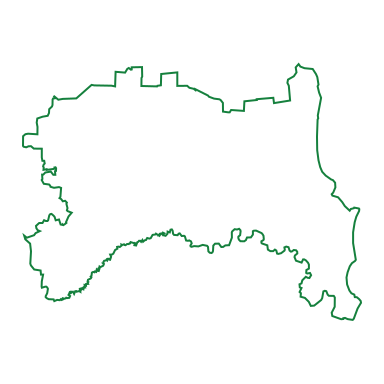 Tulangbawang, Lampung, Indonesia (orthographic projection)
{"feature_id": "22746128B49188423555547", "entity_name": "Tulangbawang", "entity_type": "district", "adm_level": 2, "iso_a3": "IDN", "parent_name": "Indonesia", "parent_adm1": "Lampung", "projection": "orthographic", "projection_center": [105.482, -4.399], "detail": "fine", "context": "isolated", "style": "outline", "palette": "green", "viewbox_px": 384, "rotation_deg": 0, "n_neighbors": 0, "source": "geoboundaries", "source_scale": "gbopen_adm2", "svg_char_len": 5868}
<svg xmlns="http://www.w3.org/2000/svg" viewBox="0 0 384 384"><path d="M314.2,305.6L321.2,300.0L322.2,298.1L323.4,291.4L324.8,290.8L326.3,291.2L327.7,294.7L328.9,295.8L333.8,295.9L334.8,297.5L334.7,306.8L331.7,312.7L332.3,316.0L341.2,319.2L343.3,319.0L343.3,318.2L345.0,317.9L347.6,319.1L352.7,319.9L353.8,318.7L357.6,308.5L361.0,302.8L360.7,301.0L359.1,299.1L356.8,297.2L354.8,297.1L354.3,294.6L351.4,293.3L349.4,290.5L347.1,284.5L346.5,277.5L347.6,272.3L349.8,266.3L351.9,263.2L355.1,260.9L355.8,259.8L353.1,243.1L353.1,232.3L354.7,222.2L356.3,216.7L359.1,211.0L359.3,209.1L358.9,208.5L354.2,207.6L353.9,208.2L350.8,209.0L349.7,210.7L344.8,206.1L342.3,202.2L338.1,197.3L332.4,195.6L331.7,194.2L333.2,192.6L335.4,187.4L335.1,182.7L332.9,180.1L331.2,179.5L325.7,175.6L322.2,171.8L320.2,167.1L318.5,160.3L317.2,150.2L317.0,136.6L317.6,119.5L318.2,118.4L317.8,115.5L321.1,97.8L319.1,92.6L317.6,86.3L318.5,84.6L317.3,77.1L316.0,74.1L312.7,69.0L304.5,68.2L300.4,66.6L298.6,64.1L295.7,67.4L296.5,72.4L293.8,76.3L288.0,79.6L287.4,82.9L288.8,85.7L290.1,100.5L274.0,103.1L273.3,97.8L256.7,99.2L256.8,100.0L244.4,101.3L243.9,110.9L231.1,110.0L229.7,112.3L228.0,112.3L223.0,111.6L222.9,102.9L220.6,100.0L219.4,99.3L214.0,98.6L208.9,96.7L208.1,95.6L195.2,89.1L195.2,90.0L193.7,88.8L189.4,87.8L187.2,85.8L177.3,85.9L177.3,72.4L161.2,74.0L160.9,85.3L157.4,85.8L157.1,86.4L141.4,86.0L141.5,78.0L142.2,76.6L142.0,67.1L131.7,67.3L131.7,69.5L130.9,69.7L128.8,68.0L127.3,68.9L125.1,72.6L115.6,71.8L115.1,86.4L111.5,85.7L94.3,85.4L91.6,84.9L76.3,98.4L62.8,98.9L58.3,99.7L53.6,95.8L55.3,98.2L53.1,98.5L52.6,99.5L52.5,105.0L52.0,106.5L49.2,109.2L49.0,113.0L47.7,115.8L42.6,116.7L37.3,118.5L36.7,122.6L37.5,126.9L37.4,134.3L28.1,133.7L25.4,134.2L23.1,136.2L23.0,145.9L23.6,146.7L26.2,147.3L28.5,146.3L31.0,146.2L33.8,148.6L41.8,148.7L41.8,157.5L42.4,160.8L44.2,160.8L44.7,163.5L43.6,164.7L43.1,166.4L43.7,167.4L43.5,169.8L46.6,169.2L46.7,169.9L53.8,168.9L54.8,168.6L54.5,167.5L55.5,167.3L56.1,168.2L56.0,170.9L55.0,171.2L55.3,174.8L53.3,174.8L50.8,171.6L45.3,172.5L43.3,174.6L42.1,174.6L42.4,179.0L41.7,180.0L43.8,183.8L49.1,184.5L50.2,185.7L50.5,186.8L54.0,187.8L59.0,187.1L61.1,187.9L60.4,196.8L59.5,198.1L61.2,199.1L62.8,201.3L65.1,200.8L66.9,202.6L66.4,203.8L67.5,208.1L66.9,210.3L67.6,211.1L71.7,212.7L68.5,216.5L66.0,222.2L66.4,222.9L64.5,224.4L63.4,225.0L62.9,224.6L62.9,225.0L60.6,224.5L59.0,219.5L55.7,220.3L54.6,216.9L53.6,215.7L51.5,213.9L50.3,214.1L49.3,215.3L48.1,220.4L47.4,221.0L45.8,221.0L44.1,220.2L42.5,223.0L39.2,223.0L36.0,225.9L36.4,228.3L37.7,230.2L39.8,231.1L35.6,233.1L34.1,235.2L26.8,237.7L24.2,235.6L25.3,239.3L30.1,243.6L31.0,251.3L30.3,263.6L30.9,265.4L34.2,269.5L40.6,270.5L41.0,274.6L43.1,274.6L41.8,281.3L41.6,286.6L41.9,287.7L45.1,286.7L46.4,286.7L47.3,287.6L47.9,288.8L47.2,293.2L45.7,296.2L45.7,297.2L46.8,298.2L48.7,299.2L53.6,299.4L54.3,301.1L57.1,299.9L59.8,300.2L60.8,299.2L61.6,300.0L62.7,299.5L62.2,298.9L62.7,298.2L64.3,298.7L65.6,298.4L66.2,297.7L67.1,298.1L69.3,297.8L70.1,296.0L68.5,294.9L69.1,293.8L70.4,293.3L69.6,292.4L69.9,291.9L70.7,291.7L70.8,292.4L72.9,291.7L74.1,293.9L75.2,291.2L76.3,291.1L76.6,291.7L79.1,291.1L80.3,291.8L80.1,290.4L80.8,290.4L81.0,289.7L79.9,289.7L79.8,288.8L82.3,288.1L82.5,289.1L83.4,289.4L83.6,287.9L84.8,287.6L84.1,286.9L84.8,286.5L84.6,285.1L86.0,285.6L85.9,284.1L88.1,283.9L87.6,282.8L88.3,282.0L87.6,281.4L88.0,279.8L90.8,278.4L91.4,277.3L90.7,276.5L91.5,275.8L91.9,272.6L93.2,271.9L94.5,272.3L95.0,271.4L96.2,271.9L96.7,269.6L97.4,270.4L98.1,270.0L98.1,270.9L98.7,271.0L99.0,269.5L98.4,268.4L99.0,267.9L99.5,268.6L99.9,267.3L99.3,267.4L99.5,266.6L100.2,267.2L103.2,265.7L103.9,264.0L103.1,263.3L103.6,263.2L103.4,262.0L104.1,260.8L106.0,260.4L106.4,259.8L107.0,260.3L107.1,259.0L107.5,258.8L108.7,258.8L108.6,259.5L110.1,259.8L111.1,256.8L110.2,254.6L111.8,254.6L113.3,253.7L115.1,250.0L117.4,248.7L117.1,246.9L118.5,246.6L119.8,247.0L121.5,245.6L121.4,244.6L122.1,245.0L124.0,244.3L124.5,245.0L125.5,245.2L127.1,244.0L128.8,244.1L129.5,243.3L130.2,243.3L130.6,242.1L134.6,243.3L135.3,242.3L134.4,245.2L136.1,245.5L137.3,242.2L138.3,241.8L139.0,240.8L140.3,240.8L141.1,241.8L142.4,240.0L143.1,241.7L144.7,240.3L146.0,240.0L147.2,238.0L149.3,238.6L150.7,238.2L152.6,234.9L155.7,234.4L156.0,233.7L159.4,235.9L160.3,234.4L159.1,234.8L159.7,233.8L161.4,233.4L162.5,234.6L163.0,232.7L164.2,233.3L163.7,233.6L163.6,235.3L165.6,235.8L167.5,233.7L167.6,231.6L169.8,232.4L170.5,229.7L171.8,229.4L172.6,230.6L173.1,233.8L174.0,234.9L177.6,235.2L178.6,233.7L179.7,233.4L181.7,236.0L184.0,235.8L184.9,236.4L186.1,240.5L188.1,240.8L189.2,240.4L191.0,241.4L191.7,243.3L190.4,245.5L190.6,246.4L191.6,246.8L194.1,246.1L198.4,246.4L202.7,244.9L207.1,245.8L208.0,246.9L208.4,251.4L209.7,252.7L211.5,253.0L212.4,252.4L213.0,251.0L213.3,245.6L215.0,243.7L218.8,243.6L221.3,247.0L223.2,246.9L225.3,245.4L229.1,245.2L231.9,237.6L231.8,232.4L232.2,231.4L234.6,229.2L237.1,229.5L239.1,228.8L240.4,230.2L240.6,231.3L240.1,235.2L238.4,236.6L238.3,237.9L238.9,239.6L240.4,241.2L244.2,241.3L245.9,240.1L247.0,237.5L250.9,237.4L252.9,234.6L252.9,231.2L253.8,230.7L256.1,230.6L261.6,233.1L262.7,234.4L263.5,235.8L263.8,239.2L263.4,240.1L261.4,241.3L261.4,242.8L262.0,243.5L267.3,245.3L267.9,249.6L270.3,251.1L273.2,251.1L274.9,249.6L276.3,250.5L277.1,253.6L278.3,253.9L281.1,253.2L284.5,250.6L284.8,249.6L284.4,247.4L286.2,246.6L288.5,247.2L289.6,250.6L290.8,251.6L291.8,251.5L293.8,250.0L296.1,250.3L297.2,251.7L297.3,253.5L294.9,255.5L294.5,257.1L296.0,260.7L301.6,262.6L303.1,259.4L304.2,259.4L305.8,260.3L308.0,262.7L308.9,264.6L308.9,268.6L306.4,270.0L306.2,272.9L307.2,273.5L310.0,273.0L311.1,275.2L309.4,278.0L307.7,277.8L305.8,276.8L302.3,280.3L301.5,283.4L299.5,284.3L299.8,287.4L301.5,288.0L299.6,292.0L300.9,293.2L300.6,296.7L304.9,297.9L308.8,301.8L310.8,305.9L314.2,305.6Z" fill="none" stroke="#15803d" stroke-width="2"/></svg>